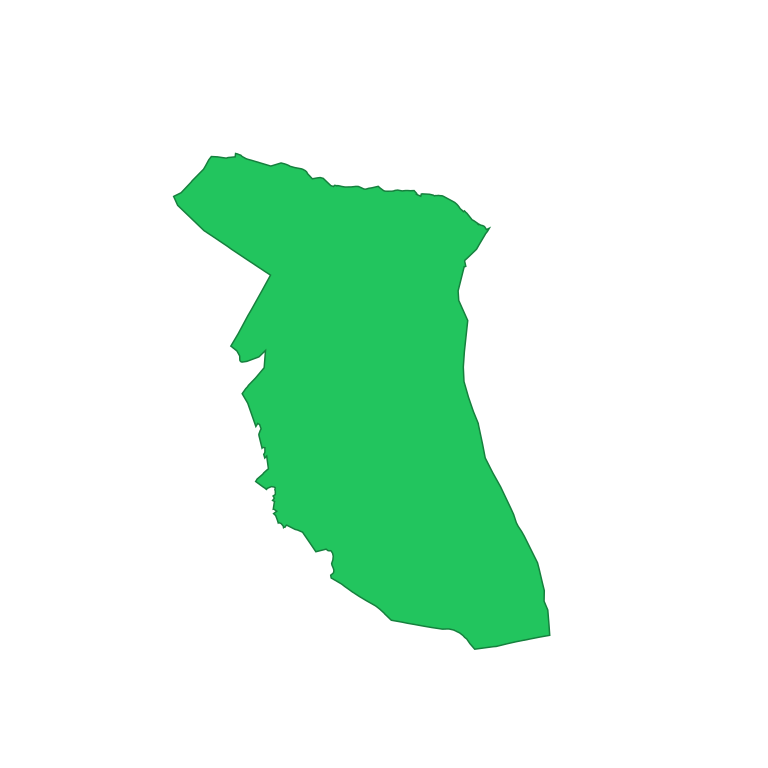 San Miguel Tlacamama, Oaxaca, Mexico (Natural Earth projection), rotated 35°
{"feature_id": "50627088B65842169677183", "entity_name": "San Miguel Tlacamama", "entity_type": "district", "adm_level": 2, "iso_a3": "MEX", "parent_name": "Mexico", "parent_adm1": "Oaxaca", "projection": "natural_earth1", "projection_center": [-98.117, 16.445], "detail": "fine", "context": "isolated", "style": "filled", "palette": "green", "viewbox_px": 768, "rotation_deg": 35, "n_neighbors": 0, "source": "geoboundaries", "source_scale": "gbopen_adm2", "svg_char_len": 4070}
<svg xmlns="http://www.w3.org/2000/svg" viewBox="0 0 768 768"><g transform="rotate(35 384 384)"><path d="M131.8,283.3L128.2,286.4L126.4,287.9L125.3,289.4L124.4,289.9L117.4,293.4L112.1,296.7L111.9,300.9L112.7,307.8L113.0,311.6L110.3,327.5L110.2,329.6L108.1,343.7L104.1,351.0L112.5,356.0L148.6,361.6L156.5,361.4L177.4,361.0L181.8,361.1L198.9,360.7L222.7,360.1L228.6,359.9L230.6,378.2L232.7,398.8L233.3,406.1L235.7,426.3L236.8,440.8L244.6,441.3L249.7,443.8L252.2,447.1L253.0,447.6L254.2,447.8L255.2,447.4L258.2,444.6L258.7,444.1L266.0,433.5L267.7,424.5L276.5,439.4L275.3,453.0L273.7,462.9L273.8,464.5L273.4,467.2L273.4,473.3L283.4,477.9L303.4,492.3L303.2,488.7L305.4,488.6L309.1,491.3L309.3,493.1L310.3,496.9L311.2,498.0L320.9,506.5L321.0,505.6L323.0,504.5L325.5,508.1L325.8,509.3L325.8,510.6L328.8,513.0L329.2,510.3L338.0,519.8L337.6,520.9L336.5,525.5L336.4,527.5L334.6,534.5L334.8,537.5L344.2,537.7L346.7,537.6L347.1,537.8L348.3,537.7L348.1,536.7L350.4,532.9L350.7,532.6L351.7,532.1L352.9,531.5L354.3,531.3L354.8,532.0L355.0,532.7L355.3,533.3L356.1,533.8L356.5,534.2L358.3,536.8L358.3,537.0L357.4,539.4L358.7,539.9L359.7,540.5L359.5,543.3L361.8,543.0L362.1,544.0L365.1,550.1L365.5,549.7L369.1,549.7L367.9,553.5L370.7,553.9L374.8,556.7L377.1,558.5L377.3,557.9L379.8,557.3L383.0,558.2L384.0,559.2L384.1,558.6L385.0,558.2L385.0,555.6L385.5,555.4L394.6,554.1L396.9,553.2L402.3,552.1L404.6,553.0L414.5,556.7L424.4,560.5L431.3,552.5L433.7,552.6L434.9,552.0L435.8,551.2L436.4,551.1L438.9,552.1L441.2,554.2L443.0,557.4L444.1,561.1L445.4,562.3L447.7,563.7L449.7,565.2L450.8,567.2L450.8,568.4L450.0,571.2L452.0,573.2L463.7,572.2L464.5,572.2L468.0,572.4L471.5,572.4L472.1,572.4L472.4,572.4L477.2,572.5L485.8,572.2L494.1,571.6L504.4,570.6L510.3,570.9L510.7,571.0L516.0,571.7L516.3,571.9L524.6,573.2L525.5,573.3L529.4,571.5L535.4,568.7L540.5,566.5L545.6,564.1L546.4,563.7L553.0,560.7L555.6,559.5L562.8,556.1L570.2,552.4L572.3,551.4L573.8,550.3L576.7,548.1L577.7,547.4L582.3,545.5L582.7,545.4L582.8,545.5L588.7,544.5L593.0,544.7L595.4,545.3L598.0,545.4L603.3,547.4L610.4,549.2L624.4,536.3L626.4,534.7L633.9,526.1L640.0,519.4L656.8,501.9L663.9,494.8L657.0,486.3L647.8,475.2L639.7,470.1L633.8,461.3L627.3,455.6L617.2,446.6L612.3,442.4L586.0,428.1L581.4,425.9L575.5,423.6L571.9,421.7L565.0,416.5L559.2,413.1L550.2,408.0L538.6,401.4L523.9,394.3L509.3,386.5L499.4,376.9L484.8,363.3L483.9,362.3L472.9,355.2L460.7,346.3L455.9,342.4L448.1,336.1L439.3,324.7L431.4,311.6L416.2,284.0L397.3,272.7L391.3,265.2L382.4,241.9L382.8,241.7L383.5,240.7L379.8,237.3L379.7,237.2L379.4,236.7L379.3,236.2L379.9,233.7L382.5,220.5L382.0,215.1L381.1,203.2L381.0,202.9L381.2,199.8L380.9,196.0L379.4,198.7L376.0,197.4L375.8,197.4L374.1,197.6L372.1,198.4L370.2,198.6L370.0,199.1L369.7,198.9L369.4,199.0L369.2,199.1L369.0,198.7L363.7,198.7L362.1,199.0L356.4,197.3L355.3,197.0L354.1,196.6L352.6,196.5L351.4,196.2L350.5,196.1L350.2,197.3L348.3,196.9L346.7,196.8L345.6,196.6L343.9,195.9L342.3,195.4L340.6,195.0L337.7,194.7L325.6,196.1L324.4,196.3L323.7,196.5L322.6,197.1L321.9,197.6L320.8,198.1L320.3,198.4L319.9,198.8L318.9,199.6L318.0,200.2L317.4,201.0L316.2,201.0L314.3,201.7L312.4,202.5L306.3,206.3L305.6,207.0L306.2,208.6L306.4,209.1L304.5,209.5L301.7,210.0L301.6,209.2L297.7,208.3L294.7,210.6L292.5,211.9L290.9,213.0L289.4,214.3L288.2,215.4L284.0,217.3L283.0,218.2L282.0,219.1L281.1,220.4L279.8,221.6L278.5,222.5L277.4,223.3L276.0,224.3L274.1,225.5L272.8,225.8L271.7,225.8L268.5,225.7L266.8,225.5L265.9,225.4L261.5,230.3L259.1,232.6L257.3,234.9L255.7,235.8L252.6,236.3L249.7,236.9L247.7,238.2L246.7,239.1L244.2,241.3L239.1,245.0L235.9,246.5L234.8,246.9L232.3,248.0L231.8,248.8L230.9,248.9L229.5,249.7L229.4,251.2L226.6,252.0L216.3,250.4L213.3,251.5L211.1,253.5L207.6,257.0L200.9,255.6L198.9,254.6L197.1,254.4L194.3,254.7L192.7,255.2L186.8,257.9L182.0,259.6L180.7,259.6L178.0,260.2L176.0,260.8L172.9,262.0L166.3,270.4L147.0,276.8L143.4,278.1L141.5,278.6L140.1,278.7L138.6,278.9L136.8,279.0L135.5,278.7L133.8,279.2L132.0,279.6L130.2,280.3L131.8,283.3Z" fill="#22c55e" stroke="#15803d" stroke-width="1.5"/></g></svg>